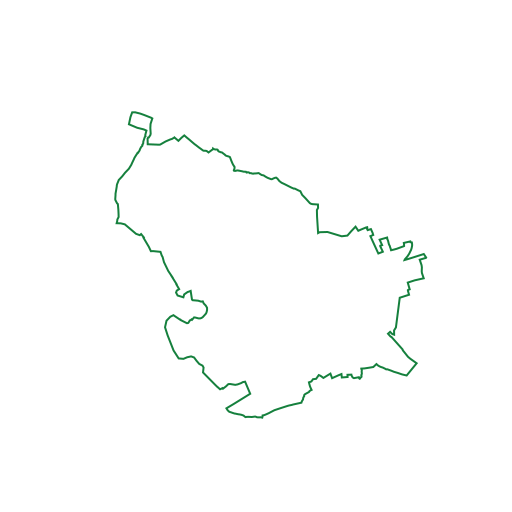 Teius, Alba, Romania (Mercator projection), rotated 228°
{"feature_id": "2599482B68392846868701", "entity_name": "Teius", "entity_type": "district", "adm_level": 2, "iso_a3": "ROU", "parent_name": "Romania", "parent_adm1": "Alba", "projection": "mercator", "projection_center": [23.717, 46.211], "detail": "fine", "context": "isolated", "style": "outline", "palette": "green", "viewbox_px": 512, "rotation_deg": 228, "n_neighbors": 0, "source": "geoboundaries", "source_scale": "gbopen_adm2", "svg_char_len": 6092}
<svg xmlns="http://www.w3.org/2000/svg" viewBox="0 0 512 512"><g transform="rotate(228 256 256)"><path d="M145.2,382.0L149.7,372.0L152.0,367.0L153.6,363.7L153.9,364.3L154.4,368.4L155.2,371.4L156.3,374.1L156.7,375.2L157.7,376.9L159.2,378.9L160.3,379.9L161.8,380.9L162.9,380.0L163.6,380.4L166.1,375.9L166.8,374.6L165.3,373.6L164.3,372.7L164.5,372.1L166.0,368.4L167.2,365.4L168.5,362.8L169.9,360.2L170.2,360.3L171.1,360.9L172.7,361.5L174.1,362.2L175.1,362.4L175.7,362.6L176.9,363.2L178.5,364.1L179.6,364.6L180.6,364.8L180.9,365.0L181.3,365.4L182.0,365.8L185.4,358.8L179.7,357.0L180.5,355.2L180.4,355.0L179.5,354.7L174.3,353.1L174.4,352.8L176.0,348.6L179.6,349.7L189.5,352.8L194.2,354.3L193.2,357.2L194.1,357.6L195.1,358.1L199.1,359.4L200.5,356.3L202.1,356.7L202.1,357.2L202.4,357.5L203.0,357.9L203.6,356.8L205.5,351.4L206.3,348.9L211.2,349.6L210.7,343.3L210.0,337.6L213.3,332.9L226.0,325.2L231.1,319.2L231.5,317.5L244.4,327.7L249.4,332.0L250.2,334.3L252.8,336.5L256.7,332.7L258.0,331.8L259.2,331.4L265.8,331.4L270.5,331.2L274.5,332.3L276.1,331.5L280.2,329.9L280.7,329.2L283.1,328.1L290.3,325.3L293.4,324.0L296.1,323.5L299.2,323.7L300.8,323.4L301.4,322.4L302.0,320.8L302.3,319.6L302.5,319.1L303.2,318.5L306.4,316.9L308.8,316.1L310.8,315.6L312.4,314.4L314.1,313.9L315.7,313.5L316.1,313.2L316.6,312.3L317.6,311.0L318.3,310.1L318.8,309.6L318.9,309.2L319.3,308.8L319.8,308.3L320.7,307.9L321.4,307.2L321.7,306.8L322.4,306.7L322.9,306.6L323.8,305.9L324.0,305.2L324.2,304.9L324.4,304.8L324.9,304.9L325.3,304.9L325.5,304.7L326.3,303.9L327.1,303.1L328.2,302.4L329.8,301.2L330.5,300.7L331.2,300.1L331.7,299.8L332.3,299.1L332.9,297.8L333.8,296.9L334.1,296.7L334.5,296.8L334.8,297.3L335.0,297.9L335.4,298.5L335.9,299.0L336.2,299.4L336.9,299.8L337.5,299.8L339.3,300.1L340.7,300.5L343.3,301.4L344.1,301.7L345.6,302.3L347.0,302.8L348.4,302.2L349.4,301.5L350.7,300.8L351.4,300.6L352.0,300.7L353.0,300.5L353.4,300.4L355.7,300.0L355.9,299.9L356.6,299.3L356.9,299.1L357.7,298.8L358.3,298.4L358.9,298.3L359.8,298.2L360.2,298.5L360.6,298.6L361.1,298.4L361.5,298.0L362.3,297.1L363.6,296.2L364.6,296.0L364.1,295.4L364.3,294.4L364.7,290.0L367.0,289.6L367.5,289.3L368.4,288.5L369.2,287.6L370.0,287.2L372.6,286.7L374.3,286.3L378.8,285.5L380.1,285.2L383.8,284.7L387.1,284.3L390.3,283.8L393.6,283.4L393.7,280.7L393.7,279.1L393.5,275.4L398.7,274.7L398.6,274.3L398.9,273.5L399.2,271.9L399.9,270.5L401.6,265.5L402.9,259.4L403.5,258.5L411.5,250.3L415.8,254.0L416.2,255.1L415.8,255.6L416.6,258.5L417.4,259.6L421.8,263.1L424.7,266.0L427.6,271.0L428.9,270.6L435.7,267.2L439.4,265.2L443.7,262.3L445.6,260.1L443.2,255.6L438.9,249.7L430.8,253.5L425.2,257.3L422.5,258.5L419.9,254.5L418.9,254.0L418.8,252.9L416.5,248.9L415.0,247.3L414.8,246.0L414.0,245.4L413.8,243.3L413.2,241.9L413.0,241.2L412.3,240.1L411.9,238.4L411.9,237.2L411.6,237.2L411.5,235.6L410.3,231.4L409.5,229.7L408.1,226.3L407.2,224.3L405.9,219.9L405.5,214.4L404.7,209.8L404.5,207.3L404.3,204.8L403.7,203.7L402.3,200.8L401.6,199.8L400.9,199.1L399.7,197.6L398.5,196.1L396.3,193.3L395.1,192.2L392.5,189.5L391.8,189.0L390.0,188.5L388.1,188.0L387.1,188.1L386.5,187.7L382.4,184.6L379.1,181.9L376.9,180.0L375.9,177.4L374.8,176.2L373.6,174.4L370.7,177.4L367.3,179.7L352.7,181.7L349.2,183.6L349.2,185.3L344.9,185.1L344.9,184.6L334.5,182.5L329.9,181.1L328.5,182.8L323.0,187.8L319.5,186.3L317.7,185.9L313.0,183.5L303.7,180.8L296.9,179.8L297.0,179.7L288.1,178.1L288.1,177.8L282.8,176.7L283.3,174.0L282.3,172.1L279.1,171.3L273.9,174.4L275.5,176.9L275.0,181.1L274.6,181.9L273.8,184.1L266.5,179.3L265.6,179.3L261.5,183.1L258.8,184.7L257.9,186.1L255.8,185.4L252.8,185.5L250.3,185.0L248.6,183.5L247.4,181.8L246.7,180.4L246.2,175.6L246.4,174.1L247.0,172.7L247.8,171.8L248.3,171.4L250.9,169.7L251.8,168.9L251.4,165.8L252.0,165.8L252.1,164.4L252.4,163.8L251.6,161.0L251.7,160.6L252.3,159.7L258.4,157.3L259.0,157.3L259.0,157.1L267.3,155.0L268.2,151.7L267.8,146.2L263.9,140.7L256.1,137.2L240.9,131.5L231.6,130.0L228.1,133.3L226.8,137.1L224.8,140.6L222.0,142.1L218.0,141.7L213.8,141.6L210.3,142.9L208.2,142.4L204.9,138.7L187.2,139.5L184.2,139.7L184.1,139.8L181.0,140.1L180.2,142.8L179.5,142.7L179.2,146.5L179.3,149.7L178.2,151.1L174.1,154.4L172.9,156.4L171.5,159.9L171.1,161.8L169.9,163.8L157.5,159.5L160.9,140.7L162.6,132.1L160.3,131.7L158.1,131.9L156.6,132.8L155.1,133.6L153.2,134.7L152.7,135.2L151.8,135.8L149.9,137.2L149.4,137.7L147.9,138.8L146.5,139.6L145.7,140.0L144.8,140.1L144.0,140.2L143.2,140.5L142.9,141.1L142.5,141.6L141.6,142.7L140.8,143.5L139.5,144.8L138.9,145.5L137.3,147.9L136.3,148.5L135.4,148.9L133.6,150.8L133.1,151.5L131.7,152.5L132.3,153.4L133.1,154.2L132.2,155.7L131.5,157.7L130.6,160.5L130.2,162.2L129.7,164.1L129.3,165.7L129.0,166.7L126.9,171.5L126.1,173.3L124.8,176.2L123.5,179.1L122.7,180.7L121.4,182.9L120.8,184.2L116.6,191.6L117.1,192.4L117.6,193.6L117.9,194.9L119.0,196.2L119.4,197.2L119.5,197.9L120.3,198.6L120.5,199.2L120.5,199.9L120.1,201.8L119.8,202.9L119.5,204.6L119.7,205.0L119.8,205.5L119.6,206.7L119.3,207.7L121.6,208.4L123.0,208.9L124.8,209.8L126.7,210.8L125.7,213.2L126.3,215.9L124.5,218.5L125.5,223.0L124.2,223.6L122.9,224.0L120.3,224.5L118.8,232.6L114.3,230.8L112.2,237.4L111.1,240.5L108.3,238.5L104.8,243.1L106.5,244.5L104.0,247.5L103.4,247.1L102.2,246.8L101.4,246.6L100.7,246.7L99.9,246.9L99.6,247.2L97.1,251.3L96.1,250.8L95.4,250.9L95.3,251.3L95.6,252.0L95.6,252.7L95.6,253.5L96.3,254.2L97.0,254.5L97.3,255.3L98.0,256.2L99.2,257.0L100.2,258.1L101.0,258.6L101.7,258.7L101.9,258.9L100.9,260.1L100.0,261.2L97.3,265.3L95.0,268.9L95.1,273.2L94.0,273.3L92.6,273.5L90.7,274.2L89.5,274.8L88.4,275.5L85.9,276.5L84.6,276.9L84.2,277.5L83.9,277.8L80.2,279.8L77.7,281.0L74.1,283.2L72.1,284.3L70.3,285.3L68.7,286.4L66.4,288.0L68.8,303.6L76.5,301.9L79.4,301.5L87.7,302.0L88.4,302.4L105.3,302.5L106.0,302.1L109.9,302.1L109.9,304.9L107.3,305.0L106.3,305.3L105.1,306.0L108.3,308.8L109.3,312.2L128.8,334.9L124.8,343.8L128.6,345.7L129.0,346.0L129.0,346.4L128.4,347.9L134.7,351.0L131.7,357.7L127.2,365.7L132.3,367.9L133.7,368.9L136.6,371.7L138.4,372.9L143.7,375.2L141.4,380.0L140.9,380.8L141.0,381.4L145.2,382.0Z" fill="none" stroke="#15803d" stroke-width="2"/></g></svg>